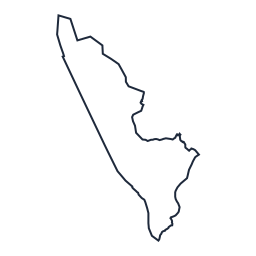 outline of Asa, Kwara, Nigeria
{"feature_id": "59680162B59525703418999", "entity_name": "Asa", "entity_type": "district", "adm_level": 2, "iso_a3": "NGA", "parent_name": "Nigeria", "parent_adm1": "Kwara", "projection": "albers", "projection_center": [4.518, 8.446], "detail": "fine", "context": "isolated", "style": "outline", "palette": "slate", "viewbox_px": 256, "rotation_deg": 0, "n_neighbors": 0, "source": "geoboundaries", "source_scale": "gbopen_adm2", "svg_char_len": 2601}
<svg xmlns="http://www.w3.org/2000/svg" viewBox="0 0 256 256"><path d="M191.7,164.3L192.9,161.4L194.9,157.7L195.5,156.9L198.9,154.6L195.2,150.2L193.5,149.2L191.4,148.5L191.1,149.0L190.9,149.2L190.5,149.4L189.8,149.9L189.1,150.7L188.7,150.4L187.3,149.1L186.3,148.3L185.6,147.8L185.4,147.5L185.3,146.9L185.3,145.3L185.3,144.5L184.7,143.5L183.7,142.2L183.6,142.3L183.1,142.2L183.3,141.9L182.9,141.8L182.4,141.5L181.4,141.0L181.1,140.9L180.5,140.2L180.2,139.6L180.2,139.1L180.0,137.9L179.8,135.9L179.8,135.5L180.0,135.2L180.4,134.7L180.2,134.5L180.0,134.3L179.7,133.9L179.6,134.1L179.3,134.3L178.9,134.6L178.3,134.8L178.2,134.7L177.9,134.5L177.5,134.3L177.2,134.3L177.3,135.1L177.1,135.1L177.2,135.3L176.8,135.3L176.7,135.2L176.5,135.4L176.0,136.0L175.7,136.6L175.5,137.2L175.3,137.7L175.0,137.9L174.9,137.9L174.8,138.0L174.5,138.2L174.1,138.4L173.6,138.8L173.3,139.0L172.7,139.5L170.7,139.0L165.9,138.3L164.7,138.6L163.4,138.9L161.9,139.5L159.5,140.1L157.9,139.4L156.1,139.0L154.2,139.2L153.0,139.7L150.9,139.8L147.7,141.0L145.6,139.8L142.5,139.5L136.1,132.8L135.0,125.7L133.0,121.2L132.1,117.1L133.2,114.7L138.2,112.2L141.2,110.8L142.2,107.9L142.5,106.8L143.1,105.4L143.4,104.9L141.4,103.8L141.0,103.2L140.6,102.7L140.7,102.3L140.9,102.0L141.0,101.7L141.5,101.6L141.9,101.3L142.1,101.2L142.0,100.7L141.5,100.7L141.5,100.4L141.9,99.7L142.6,98.9L143.0,96.4L143.4,94.9L143.9,93.0L143.8,92.0L143.0,91.6L141.9,91.3L128.6,86.3L125.9,81.8L125.8,77.2L122.1,70.4L118.6,64.1L110.8,58.7L102.8,53.8L102.4,45.4L90.4,36.6L77.4,40.4L70.4,18.9L58.5,15.4L57.4,30.8L57.1,34.5L60.3,45.3L61.8,49.6L63.1,53.2L64.0,56.1L62.7,56.6L69.5,71.0L77.9,88.8L80.7,94.7L86.3,106.5L93.2,121.0L104.5,144.7L106.2,148.2L107.9,151.7L116.2,168.5L117.6,171.3L120.8,175.0L125.5,180.6L132.3,186.5L132.3,187.5L133.3,188.6L135.9,190.9L137.3,192.3L138.1,192.7L138.4,193.9L138.6,194.6L141.7,198.0L144.3,199.7L145.3,202.1L147.2,208.3L148.4,213.1L148.4,218.2L148.4,219.0L148.4,223.2L148.7,226.4L148.8,228.2L151.5,234.8L151.9,235.8L158.4,240.6L158.8,240.0L159.2,239.5L159.8,237.1L160.1,235.4L160.7,234.4L161.2,234.0L161.6,233.0L162.0,232.1L162.7,231.5L163.6,231.1L165.0,230.7L165.3,229.9L167.5,228.7L168.5,227.8L168.7,227.0L169.9,226.2L170.7,225.5L172.2,225.3L172.4,223.8L171.9,222.3L172.1,221.4L172.0,220.8L171.1,218.9L170.5,218.3L170.8,217.4L173.8,216.3L175.6,215.4L177.8,213.0L178.7,211.7L179.6,207.1L178.5,204.3L178.2,203.4L176.9,201.5L175.7,199.1L175.2,196.8L175.2,194.0L175.2,192.3L175.7,190.7L177.5,187.3L180.6,183.6L185.7,179.3L187.0,178.2L187.6,175.9L188.6,171.5L189.0,169.8L191.7,164.3Z" fill="none" stroke="#1e293b" stroke-width="2"/></svg>